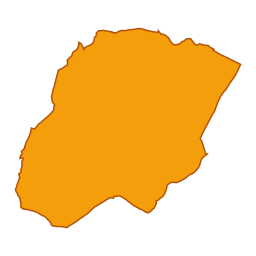 the district of Satu Mare, Harghita, Romania
{"feature_id": "2599482B48520966661881", "entity_name": "Satu Mare", "entity_type": "district", "adm_level": 2, "iso_a3": "ROU", "parent_name": "Romania", "parent_adm1": "Harghita", "projection": "natural_earth1", "projection_center": [25.408, 46.349], "detail": "fine", "context": "isolated", "style": "filled", "palette": "amber", "viewbox_px": 256, "rotation_deg": 0, "n_neighbors": 0, "source": "geoboundaries", "source_scale": "gbopen_adm2", "svg_char_len": 5481}
<svg xmlns="http://www.w3.org/2000/svg" viewBox="0 0 256 256"><path d="M199.3,166.0L199.7,165.0L200.8,160.9L201.9,158.9L203.2,157.0L207.3,154.0L205.5,153.2L202.6,143.8L201.9,141.7L200.2,138.3L203.8,130.8L206.4,125.9L207.0,124.9L208.6,121.8L210.5,118.2L212.9,113.6L214.4,111.5L215.4,108.7L216.7,105.3L216.8,104.8L217.8,102.2L219.7,98.3L220.4,96.8L223.1,92.7L226.2,89.1L229.0,84.5L229.7,83.5L230.7,82.0L233.8,77.6L235.7,74.5L237.7,70.8L240.6,64.4L234.1,61.2L222.1,55.3L220.5,54.6L217.1,52.6L213.0,50.3L214.0,49.6L213.8,49.2L212.9,48.7L212.1,48.2L210.4,47.6L209.5,46.7L208.2,45.4L206.2,45.4L203.0,44.8L200.5,44.1L199.9,43.8L199.3,43.9L199.2,44.0L198.9,44.0L198.6,44.3L198.3,44.6L198.0,45.0L197.7,45.1L197.4,45.2L196.9,45.0L196.0,44.7L195.9,44.7L195.7,44.8L195.4,44.7L195.1,44.4L194.4,44.0L194.2,43.8L194.3,43.3L194.3,43.2L193.5,42.4L192.9,42.0L192.7,41.5L192.0,40.5L191.5,39.9L191.1,39.1L189.9,38.9L187.8,38.6L186.1,39.1L185.5,39.7L184.9,40.1L184.5,41.0L183.6,41.1L183.1,41.1L182.4,41.6L181.9,41.8L180.7,42.7L179.7,43.8L178.6,44.3L178.1,44.3L177.3,44.5L176.3,44.7L175.0,44.9L174.4,44.7L172.7,44.0L171.8,43.0L171.4,42.6L171.0,41.8L170.2,41.0L169.9,40.1L169.1,38.9L168.2,37.5L167.2,36.9L167.0,36.5L166.1,35.7L165.5,35.5L165.2,35.1L164.4,34.9L164.0,34.7L163.2,34.3L161.8,34.1L161.0,34.2L160.8,34.0L160.5,33.5L159.8,32.7L159.4,32.2L158.9,31.4L158.3,30.7L158.2,31.6L157.4,32.4L156.2,32.2L155.5,32.1L154.9,32.0L152.1,31.6L150.2,31.1L147.3,30.4L143.6,29.4L140.0,28.5L137.3,28.8L136.9,28.8L136.4,28.9L132.5,29.5L132.2,29.6L131.7,29.6L131.1,29.7L130.5,29.7L130.0,29.7L129.1,29.8L128.6,29.9L128.1,30.0L127.7,30.0L127.3,30.1L126.5,30.3L125.8,30.5L125.1,30.7L121.6,30.4L120.5,30.9L118.6,31.4L117.7,32.0L117.1,32.5L116.7,32.6L115.5,32.9L114.9,32.9L114.3,32.7L113.7,32.8L113.2,32.8L113.1,32.5L112.6,32.5L112.4,32.2L112.1,32.1L111.8,31.7L111.5,31.7L111.3,31.6L110.7,31.8L110.4,32.0L110.2,31.9L110.0,31.6L109.6,31.5L109.0,31.4L108.4,31.4L108.2,31.2L104.3,30.6L102.9,30.3L102.5,30.5L101.7,30.6L98.4,30.8L96.3,33.1L96.5,34.0L96.4,35.0L95.6,36.3L94.6,37.4L94.3,37.5L94.2,39.8L93.8,40.9L92.8,43.0L92.4,43.6L92.0,44.0L89.7,45.3L88.7,45.7L87.1,46.4L86.0,46.9L85.1,47.6L84.2,49.0L83.9,49.6L83.5,49.7L83.6,48.6L83.3,47.9L83.1,47.3L82.7,46.6L82.4,45.9L81.4,44.2L80.8,43.4L79.0,42.4L78.8,42.3L78.6,44.5L78.9,44.7L78.1,46.9L77.7,47.9L77.1,49.1L76.8,49.4L75.5,50.5L72.8,52.3L71.8,55.7L68.1,59.1L67.3,60.3L67.4,61.7L67.5,63.4L67.4,64.4L67.3,64.8L66.9,65.2L64.5,66.8L63.0,67.9L62.2,68.4L61.9,68.6L61.3,68.9L60.7,69.1L60.0,69.3L59.4,69.6L59.1,69.9L58.9,70.2L58.7,70.7L58.2,70.6L57.7,72.8L57.2,74.6L56.7,76.8L56.2,78.5L55.9,79.7L55.5,81.0L55.1,82.7L54.6,84.7L54.1,86.7L53.6,88.3L52.9,90.8L52.2,93.9L51.8,95.4L51.5,96.6L51.5,96.8L51.8,98.6L51.9,99.3L52.2,100.8L52.4,102.0L53.7,103.5L54.5,104.9L54.7,105.3L54.2,105.7L53.8,106.9L53.9,109.4L53.8,109.9L53.1,110.7L52.6,111.5L51.5,112.7L47.3,116.9L44.9,118.8L40.8,122.6L38.8,123.9L37.3,125.7L36.2,127.4L34.4,129.0L32.7,128.5L31.4,128.1L30.7,131.6L30.0,133.9L29.6,135.4L29.1,136.3L28.5,137.8L27.9,139.0L27.3,140.2L26.5,141.7L26.0,142.8L25.7,143.6L25.2,145.3L24.8,146.3L24.7,146.9L24.8,147.0L25.2,147.3L25.1,147.5L24.9,147.9L24.1,148.4L23.8,148.9L23.7,149.6L22.8,150.1L21.5,151.1L21.8,152.7L22.0,153.9L21.9,154.4L21.3,154.9L20.7,155.7L20.5,156.0L20.0,158.0L19.9,158.5L21.4,158.0L22.1,158.1L23.0,158.2L22.5,160.7L22.0,161.2L21.9,164.6L21.8,165.5L22.0,165.9L22.0,166.2L22.2,166.4L21.7,167.2L21.5,167.8L21.2,169.0L21.0,169.9L20.7,170.1L20.9,170.6L21.1,171.5L21.0,172.2L20.8,172.7L20.7,172.8L20.3,173.0L19.7,173.1L18.9,173.6L18.8,174.2L19.2,175.0L19.3,176.6L19.6,177.2L19.8,177.9L19.3,179.0L18.8,179.7L18.7,180.7L18.1,181.9L17.3,183.9L17.1,184.9L16.9,185.3L16.5,187.1L16.2,187.5L15.9,188.7L15.8,189.1L15.4,189.7L16.3,192.0L17.4,193.7L17.7,194.1L17.8,194.8L17.8,195.3L18.5,196.3L19.6,197.7L20.0,197.9L19.9,198.6L20.4,201.1L20.8,202.3L21.0,207.5L21.6,208.0L21.9,208.1L23.6,209.1L24.9,209.3L26.7,209.3L28.4,209.8L30.5,210.4L32.0,210.9L32.9,210.7L34.7,211.6L35.4,211.8L36.4,212.1L37.2,212.5L38.4,213.1L39.3,213.8L42.2,215.5L44.1,216.2L44.5,216.3L45.1,216.8L45.7,217.3L46.4,218.0L47.5,219.4L48.5,220.2L48.9,220.5L49.5,221.6L50.4,222.1L51.5,225.1L52.1,225.7L52.9,225.8L53.3,225.9L55.2,226.3L57.4,226.5L60.7,226.5L66.9,227.5L67.0,227.5L69.2,225.8L74.6,222.6L76.7,221.2L79.6,219.0L87.9,213.3L87.9,213.2L88.0,213.2L89.2,212.1L93.0,208.3L95.1,206.7L98.2,204.9L103.7,201.6L105.9,200.1L106.0,200.1L106.5,199.8L109.9,197.7L110.1,197.6L110.4,197.9L111.7,197.7L113.4,198.3L113.5,198.2L114.2,196.3L116.0,196.3L117.2,196.1L118.5,196.0L119.7,196.0L120.3,196.1L120.9,196.4L122.9,197.7L123.0,197.7L126.3,199.8L128.2,201.4L128.3,201.5L129.7,202.5L132.9,205.1L136.7,207.2L140.5,209.3L141.4,209.3L143.0,210.2L144.4,211.3L145.9,212.1L146.5,212.2L146.8,212.3L147.8,213.0L148.3,212.5L150.3,211.6L151.3,210.7L151.8,210.3L152.3,209.4L152.9,208.9L153.7,208.5L154.3,207.9L156.4,203.4L156.1,201.6L156.1,201.1L156.3,201.0L157.1,200.7L158.8,199.8L159.6,198.8L161.7,197.3L163.7,195.4L164.0,194.4L164.7,193.5L164.8,193.4L165.2,192.3L165.7,191.2L166.0,190.1L166.2,189.5L166.5,188.8L166.8,187.7L166.8,186.5L166.9,186.1L167.0,185.4L167.9,184.6L168.8,183.8L170.4,182.8L170.7,182.6L171.7,182.3L173.7,182.3L175.0,182.5L176.0,182.7L176.9,182.4L179.4,181.4L182.5,179.9L186.1,177.6L189.3,175.0L189.6,174.8L189.9,174.6L190.9,174.2L192.3,173.7L193.3,173.1L193.7,172.8L195.3,171.1L196.4,170.2L196.7,169.8L197.0,169.5L198.4,167.6L198.7,167.2L199.2,166.2L199.3,166.0Z" fill="#f59e0b" stroke="#b45309" stroke-width="1.5"/></svg>